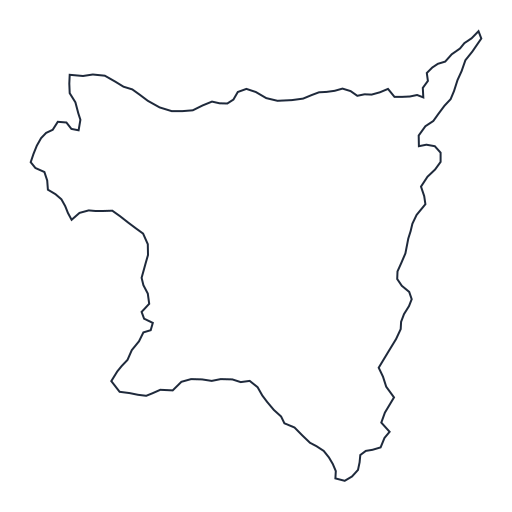 Central de Minas, Minas Gerais, Brazil (Mercator projection)
{"feature_id": "56859067B63784148066349", "entity_name": "Central de Minas", "entity_type": "district", "adm_level": 2, "iso_a3": "BRA", "parent_name": "Brazil", "parent_adm1": "Minas Gerais", "projection": "mercator", "projection_center": [-41.293, -18.775], "detail": "fine", "context": "isolated", "style": "outline", "palette": "slate", "viewbox_px": 512, "rotation_deg": 0, "n_neighbors": 0, "source": "geoboundaries", "source_scale": "gbopen_adm2", "svg_char_len": 2338}
<svg xmlns="http://www.w3.org/2000/svg" viewBox="0 0 512 512"><path d="M409.0,306.1L411.7,299.2L409.2,291.9L401.8,285.8L397.2,279.0L397.5,271.4L401.1,263.4L405.4,253.4L408.3,238.5L410.6,231.2L412.4,223.7L416.6,214.9L425.4,204.2L424.2,196.1L421.0,186.6L427.5,176.7L435.1,169.5L440.6,161.9L440.6,152.7L434.8,146.2L426.4,144.7L418.9,146.2L418.7,135.5L425.4,126.2L433.3,121.0L438.3,114.0L444.5,105.7L450.6,99.2L454.0,91.1L457.5,80.1L461.6,71.1L465.4,60.2L472.3,51.6L477.1,44.6L481.3,38.5L478.5,31.2L471.7,38.2L464.4,43.1L460.0,48.5L451.7,54.3L445.2,61.6L437.9,63.8L432.3,67.5L426.8,73.0L427.9,80.9L422.8,87.9L423.3,97.4L417.1,95.0L409.9,96.5L401.4,96.9L394.5,96.9L388.0,88.9L379.9,92.3L371.6,94.6L364.5,94.3L357.3,95.8L350.6,91.1L342.5,88.6L334.7,90.8L326.6,91.9L319.0,92.3L311.8,95.0L303.1,98.6L292.0,100.1L277.5,100.8L266.2,98.1L255.8,92.0L246.4,88.9L237.8,92.0L233.4,99.6L227.3,103.5L219.6,103.3L212.0,101.6L202.7,105.4L192.8,110.3L182.8,111.1L171.6,111.1L159.6,107.4L147.8,100.8L139.7,94.7L132.3,89.4L123.5,86.7L115.2,81.6L104.8,75.7L92.8,74.5L83.0,76.0L69.7,74.8L69.3,83.6L69.7,93.2L75.4,102.3L78.3,113.3L80.4,119.8L78.6,130.3L71.4,128.9L66.4,122.5L57.8,121.8L52.7,129.8L46.1,132.9L41.1,138.1L36.8,145.7L33.5,153.9L30.7,162.2L35.4,168.0L44.4,172.0L47.2,180.5L47.9,189.7L55.5,194.2L61.4,199.3L65.2,206.1L67.9,212.9L71.6,219.8L79.5,212.9L88.7,210.4L95.4,211.0L102.8,211.0L112.3,210.7L119.9,216.1L128.2,222.6L135.4,228.0L143.1,233.6L147.8,244.2L148.0,255.0L145.9,262.3L143.8,269.9L141.6,277.8L143.4,285.2L147.8,293.6L149.2,303.8L141.6,311.9L144.1,318.7L152.8,322.9L150.7,330.2L143.4,332.4L139.0,341.3L131.8,350.1L127.5,359.9L121.7,366.0L117.3,371.4L111.3,381.1L119.6,391.8L129.7,393.1L138.0,394.8L146.2,395.8L152.4,393.3L160.3,389.8L172.7,390.4L181.4,381.8L191.1,379.1L202.0,379.4L211.7,380.9L220.7,379.1L232.3,379.4L240.7,382.1L249.7,380.9L257.6,387.2L262.3,395.5L267.1,401.9L273.8,409.9L281.1,416.5L284.4,423.3L294.5,427.5L302.4,435.5L310.0,442.8L316.5,446.2L323.7,450.9L328.9,457.4L332.8,464.0L335.8,471.1L335.4,478.4L344.7,480.8L352.0,476.5L358.0,469.9L359.6,462.3L360.3,455.0L365.8,450.9L372.5,449.8L380.6,447.4L384.5,437.9L389.6,431.8L381.3,422.6L384.9,412.6L394.0,397.4L386.2,386.7L383.0,376.7L378.7,367.7L388.0,352.3L396.1,339.0L400.7,329.1L401.1,321.8L404.0,314.1L409.0,306.1Z" fill="none" stroke="#1e293b" stroke-width="2"/></svg>